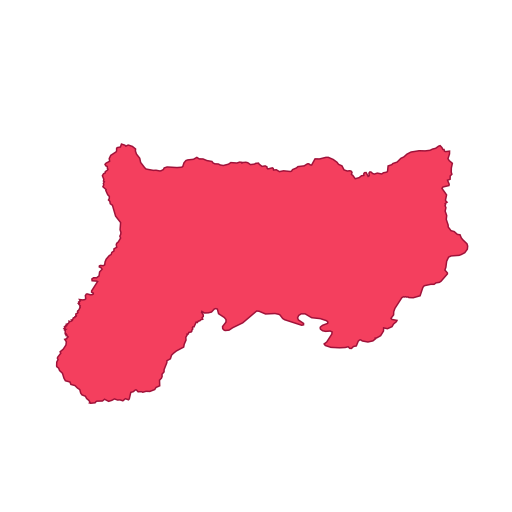 the district of Chom Thong, Chiang Mai, Thailand, rotated 83°
{"feature_id": "78962969B36039472825414", "entity_name": "Chom Thong", "entity_type": "district", "adm_level": 2, "iso_a3": "THA", "parent_name": "Thailand", "parent_adm1": "Chiang Mai", "projection": "equal_earth", "projection_center": [98.623, 18.375], "detail": "fine", "context": "isolated", "style": "filled", "palette": "rose", "viewbox_px": 512, "rotation_deg": 83, "n_neighbors": 0, "source": "geoboundaries", "source_scale": "gbopen_adm2", "svg_char_len": 6100}
<svg xmlns="http://www.w3.org/2000/svg" viewBox="0 0 512 512"><g transform="rotate(83 256 256)"><path d="M314.7,253.6L315.4,244.1L316.6,240.6L317.4,239.4L321.3,237.1L322.7,235.4L330.3,219.1L330.1,217.2L328.7,217.0L324.6,221.7L322.5,222.3L320.2,220.9L318.9,218.1L319.4,214.3L324.0,208.3L326.0,199.8L328.8,193.9L330.3,192.7L331.6,193.1L332.9,198.4L334.3,200.7L335.2,201.1L336.5,200.9L338.3,199.0L339.3,196.1L339.5,191.5L340.7,189.7L342.8,190.3L350.0,196.3L351.6,199.1L353.3,198.1L355.8,192.8L357.3,184.2L357.7,178.6L357.3,175.6L359.1,174.2L359.4,172.5L357.7,170.3L357.5,167.4L353.0,164.9L352.0,163.4L351.9,162.5L353.3,160.8L355.0,155.4L354.5,150.3L352.7,147.4L352.1,147.7L351.9,145.9L350.3,142.0L346.0,138.6L342.9,138.1L344.2,134.4L342.7,129.6L340.3,127.8L338.3,124.7L337.1,123.9L335.5,128.9L334.3,129.6L331.2,126.6L328.1,126.1L324.9,124.5L315.1,116.3L314.4,114.4L314.8,113.6L314.6,112.5L315.1,111.6L315.2,110.1L315.9,109.3L316.6,105.1L315.5,98.0L307.5,94.2L306.0,92.6L305.4,85.8L305.8,82.7L304.6,80.6L304.5,77.2L303.6,75.4L297.1,68.2L296.1,68.1L293.0,70.2L290.3,68.9L284.4,67.4L280.6,65.0L279.7,62.2L280.1,54.3L279.6,52.2L278.2,48.4L275.0,45.4L272.0,44.7L269.6,45.1L264.9,48.9L262.9,50.1L259.8,50.9L259.1,53.5L255.9,56.3L254.6,59.4L250.6,61.7L248.7,61.5L242.9,62.7L239.1,61.8L234.5,62.8L231.2,61.6L229.1,62.2L228.1,61.6L227.1,61.9L225.9,59.8L224.4,61.0L223.5,61.1L218.6,59.4L211.5,63.2L210.3,62.0L209.6,55.9L208.3,55.5L204.1,56.7L203.5,54.0L200.2,53.5L198.7,51.6L196.6,52.0L192.5,51.4L187.9,49.8L184.9,52.6L182.8,53.6L178.3,51.5L175.5,51.1L175.5,55.1L174.9,56.2L173.2,56.4L173.0,57.6L171.1,58.2L168.9,59.8L169.2,61.3L171.0,64.6L171.4,67.8L172.3,70.3L172.3,75.3L171.4,81.2L171.7,89.5L173.3,93.8L175.7,97.2L176.7,100.3L180.0,104.5L180.9,108.9L181.9,110.1L182.7,113.9L187.9,115.1L188.7,116.0L188.9,119.4L189.9,121.2L188.5,125.5L189.1,128.6L188.3,130.2L186.7,131.6L186.4,132.7L187.5,133.8L190.1,133.8L190.7,135.0L186.6,136.5L186.5,138.1L187.3,138.9L189.2,139.2L189.2,141.5L190.8,144.1L191.4,148.1L187.8,150.1L186.7,151.3L184.6,150.5L183.3,151.3L182.8,152.6L182.8,155.0L181.3,158.1L177.0,159.7L175.1,162.9L172.8,164.2L169.6,167.6L166.9,172.2L166.6,174.5L167.4,181.1L166.8,185.6L172.5,189.7L172.2,191.0L170.9,192.4L170.8,193.8L172.4,197.2L172.4,203.5L173.5,205.1L174.7,209.2L176.1,210.4L176.3,211.6L174.8,218.3L175.1,222.5L172.9,225.3L172.8,228.1L171.2,228.2L170.5,229.0L171.0,233.6L170.4,234.2L168.8,234.3L167.7,235.9L167.8,239.1L165.2,241.7L164.1,242.2L164.0,245.1L164.6,246.2L164.6,250.4L162.4,252.8L161.7,254.7L161.6,257.7L162.0,258.6L161.3,258.7L160.8,260.9L161.4,263.6L160.2,269.6L161.5,272.1L162.2,277.4L161.3,280.4L160.1,282.1L159.5,285.6L158.4,287.3L156.8,288.2L155.3,293.1L153.2,296.8L152.7,300.5L150.9,302.7L152.4,306.3L152.3,312.0L152.7,313.9L154.7,316.1L158.3,317.8L158.8,319.0L158.6,323.6L156.8,333.4L157.4,336.4L158.9,337.4L159.8,339.8L159.9,341.0L158.7,344.8L158.5,347.5L156.3,354.5L154.7,355.8L149.1,359.1L144.8,359.5L140.3,362.2L137.1,362.9L135.1,362.5L132.2,365.3L130.6,368.6L130.3,369.4L131.1,371.8L130.0,372.7L128.5,375.9L131.3,377.3L131.5,380.5L132.1,381.2L134.8,381.6L135.6,382.2L138.4,387.9L141.4,389.8L144.1,389.7L145.5,393.4L146.6,394.7L148.2,394.1L149.0,392.7L151.1,392.8L151.8,392.3L152.7,393.0L153.9,395.3L155.1,395.5L155.8,397.3L157.6,398.7L161.3,397.7L163.1,398.3L163.8,397.5L165.4,398.7L166.8,398.4L168.6,399.5L171.8,396.7L172.7,397.1L177.2,395.7L179.0,394.3L181.0,394.6L182.4,395.6L183.9,394.4L186.3,394.3L188.2,392.3L199.3,390.5L206.3,386.3L213.4,387.7L216.1,387.2L217.9,387.6L219.7,388.7L221.7,388.2L225.3,391.0L226.4,392.7L227.7,393.3L230.4,393.2L231.6,396.1L233.7,396.4L234.9,398.7L236.9,399.6L237.7,401.6L240.9,405.1L243.4,406.5L246.4,407.3L247.0,408.9L246.4,411.5L246.7,412.6L247.7,412.9L249.1,410.9L250.4,410.4L252.8,413.2L256.6,414.2L258.2,416.9L257.8,419.9L258.8,421.7L260.6,421.7L261.5,417.2L262.0,416.3L270.6,423.4L271.9,423.6L273.0,422.0L273.9,422.1L274.4,423.3L274.4,424.9L273.1,428.0L273.1,429.0L274.5,430.2L277.7,430.2L278.4,431.2L278.5,433.3L277.7,436.5L279.2,435.9L279.9,437.4L280.3,437.1L281.2,438.1L281.6,437.2L282.3,437.7L284.1,436.5L285.1,437.1L285.6,436.8L288.3,438.7L288.8,439.7L289.7,440.0L290.2,439.6L291.0,440.1L291.5,441.8L293.0,442.1L293.5,441.6L294.1,442.1L294.2,443.2L295.0,443.4L295.1,444.8L296.9,445.8L297.0,446.9L297.7,446.4L298.2,447.3L298.4,448.7L297.9,449.5L299.3,449.7L300.3,450.9L300.3,451.6L300.9,451.7L300.8,452.6L301.9,452.4L301.9,453.2L302.6,453.3L302.3,453.8L302.7,454.4L303.0,453.8L304.6,455.4L304.9,454.5L305.7,454.9L305.8,454.0L306.3,454.9L306.8,454.4L309.9,454.9L310.3,454.7L310.1,454.0L311.1,453.5L311.5,454.2L312.0,454.1L312.0,453.4L313.4,452.3L314.6,454.0L315.1,454.0L315.4,456.0L318.0,454.7L321.2,455.5L325.0,458.7L327.2,462.1L328.7,461.6L332.3,465.2L333.2,465.6L334.7,465.1L337.0,466.7L340.9,467.3L341.6,467.2L343.2,465.6L345.8,464.9L348.8,462.4L353.9,461.5L356.6,460.4L358.4,456.0L360.9,455.4L362.5,451.5L365.3,449.3L367.1,447.2L370.7,446.7L372.6,445.7L374.4,442.4L376.8,441.5L379.1,439.4L381.0,438.6L381.5,439.2L382.0,438.1L382.1,433.6L381.0,432.5L380.7,431.5L381.2,426.1L379.7,423.8L382.3,420.0L381.7,416.7L380.6,413.9L382.1,410.9L382.2,408.6L383.5,405.8L381.7,403.0L383.2,400.1L382.4,399.2L376.1,396.9L375.7,394.3L374.2,392.0L374.4,391.0L376.4,389.6L376.7,386.2L377.4,385.0L376.9,381.6L377.5,377.9L376.2,372.8L374.3,371.3L373.1,367.4L367.5,366.9L365.8,364.8L364.2,363.9L361.9,363.7L359.8,361.4L357.6,361.1L351.0,357.5L349.1,357.2L347.6,353.5L344.1,351.9L342.5,349.8L340.5,346.5L337.6,338.9L334.8,338.0L330.9,335.7L328.2,335.6L325.8,333.8L325.2,334.0L325.1,332.6L323.7,332.1L323.5,329.6L323.0,329.0L321.5,328.5L320.7,327.6L319.5,327.9L318.6,327.2L318.8,326.2L314.3,323.4L314.9,322.4L313.6,321.2L313.5,319.7L312.5,318.5L312.3,316.6L310.6,317.0L309.6,315.7L308.1,315.5L306.8,316.2L306.3,315.9L305.4,316.9L304.4,316.5L306.3,314.1L306.6,310.3L306.2,307.0L303.5,303.8L303.3,302.3L304.0,300.8L308.7,300.2L313.2,294.9L315.5,293.5L318.0,293.9L321.9,297.8L324.1,297.9L325.7,296.7L326.2,295.7L326.3,291.8L324.3,287.8L320.7,277.3L310.7,262.1L311.2,259.7L314.7,253.6Z" fill="#f43f5e" stroke="#9f1239" stroke-width="1.5"/></g></svg>